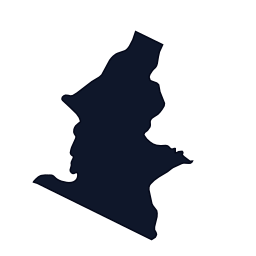 SVG path tracing the border of Centro Sur, rotated 26°
{"feature_id": "GNQ-1468", "entity_name": "Centro Sur", "entity_type": "Province", "adm_level": 1, "iso_a3": "GNQ", "parent_name": "Equatorial Guinea", "parent_adm1": "", "projection": "robinson", "projection_center": [10.435, 1.583], "detail": "fine", "context": "isolated", "style": "filled", "palette": "ink", "viewbox_px": 256, "rotation_deg": 26, "n_neighbors": 0, "source": "natural_earth", "source_scale": "10m", "svg_char_len": 2215}
<svg xmlns="http://www.w3.org/2000/svg" viewBox="0 0 256 256"><g transform="rotate(26 128 128)"><path d="M92.6,38.0L122.6,38.0L122.8,45.7L124.0,50.7L126.0,57.3L126.3,59.5L126.1,61.4L125.0,64.4L124.5,66.7L124.1,70.3L124.4,72.3L125.0,73.7L125.3,73.8L126.8,75.4L128.3,75.6L134.1,75.0L136.5,75.7L137.3,76.7L140.8,81.5L149.9,89.8L150.7,92.3L150.4,95.9L149.7,99.6L148.8,102.4L145.3,108.3L144.7,110.5L145.0,112.6L146.7,115.5L147.2,117.3L146.5,121.6L144.9,124.8L145.1,127.3L149.6,129.8L153.8,131.0L157.6,131.5L161.2,131.1L165.1,129.7L169.6,127.2L171.2,126.8L172.5,126.9L174.8,127.8L176.2,128.0L177.5,127.3L178.6,126.1L179.5,125.8L181.3,129.5L182.4,129.0L184.1,126.9L185.1,126.4L186.1,125.7L187.0,125.3L187.9,125.8L188.2,126.5L188.4,128.1L188.9,128.6L191.0,129.3L198.0,130.7L198.6,130.6L199.2,130.2L200.4,129.5L200.4,130.4L199.6,132.1L198.3,132.9L193.4,135.0L191.9,136.2L185.7,143.8L184.7,145.6L182.6,149.9L177.0,158.5L174.4,163.4L172.7,168.2L172.4,169.9L172.7,172.0L173.8,174.4L182.6,185.6L184.3,186.9L190.0,189.8L191.5,191.9L192.9,195.1L195.1,205.2L196.4,207.9L197.5,208.7L198.6,209.4L199.5,210.2L200.3,211.3L200.4,213.0L200.3,214.3L198.4,217.4L198.1,217.9L167.3,217.8L126.5,217.6L123.3,217.6L85.6,217.5L70.7,217.4L66.8,218.0L66.8,217.9L66.7,217.6L67.6,214.5L68.9,211.4L69.7,210.2L70.5,209.2L71.2,208.6L74.3,206.6L77.6,205.1L78.3,204.7L79.9,204.0L81.2,203.8L82.4,204.0L85.2,204.9L86.9,205.2L89.0,205.3L91.6,205.1L96.7,203.9L98.8,203.1L100.9,201.9L102.7,200.3L103.9,198.3L104.4,196.4L104.3,194.4L103.7,192.6L103.0,191.2L101.8,190.4L101.0,190.5L100.2,191.4L99.2,192.6L98.0,193.1L96.6,192.9L95.1,192.0L94.4,190.9L93.7,187.0L93.3,185.8L92.5,184.7L92.1,183.4L92.0,181.3L92.0,179.5L91.8,178.1L91.0,177.2L89.5,177.1L88.2,176.6L87.1,175.5L86.3,172.5L85.9,170.1L85.6,160.0L85.0,158.3L82.3,156.6L81.1,155.4L80.1,152.9L79.9,150.9L80.1,149.0L81.5,145.5L82.5,143.6L82.4,142.9L81.9,142.1L79.5,139.8L75.5,137.6L66.8,134.7L57.2,131.8L56.2,131.2L55.7,130.2L55.6,128.9L56.3,127.2L57.5,125.9L59.8,125.0L62.4,124.4L64.2,123.1L66.8,119.0L75.2,102.2L80.0,94.8L81.2,91.8L81.9,75.1L82.5,72.3L83.3,69.9L84.8,66.9L86.1,65.3L91.3,60.1L92.3,58.6L93.0,56.6L93.5,53.9L93.7,46.6L92.6,38.0Z" fill="#0f172a" stroke="#020617" stroke-width="1.5"/></g></svg>